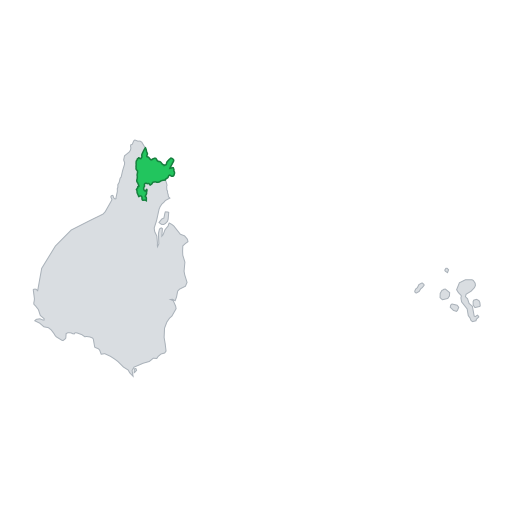 where Loja sits in Ecuador, rotated 179°
{"feature_id": "ECU-1268", "entity_name": "Loja", "entity_type": "Province", "adm_level": 1, "iso_a3": "ECU", "parent_name": "Ecuador", "parent_adm1": "", "projection": "equal_earth", "projection_center": [-79.576, -4.049], "detail": "fine", "context": "in_parent", "style": "filled", "palette": "green", "viewbox_px": 512, "rotation_deg": 179, "n_neighbors": 0, "source": "natural_earth", "source_scale": "10m", "svg_char_len": 7010}
<svg xmlns="http://www.w3.org/2000/svg" viewBox="0 0 512 512"><g transform="rotate(179 256 256)"><path d="M478.3,195.1L476.8,196.5L473.1,197.0L470.2,195.7L469.0,195.7L468.9,197.0L472.7,200.3L474.5,206.2L477.2,209.8L478.9,211.6L479.0,212.9L478.5,215.2L478.3,217.2L479.3,226.1L478.6,226.7L476.6,226.7L474.9,225.1L470.5,247.4L456.4,269.5L440.3,285.2L421.8,294.2L408.2,300.6L406.0,302.9L399.4,314.1L399.1,315.2L400.0,317.1L400.0,318.3L399.1,319.0L398.2,319.1L397.8,318.5L397.5,317.2L396.6,315.8L395.6,315.5L395.0,315.8L394.9,317.0L393.5,323.0L393.5,325.9L392.9,327.1L392.9,329.7L391.5,332.1L390.5,336.1L389.4,337.4L387.9,343.6L385.9,349.8L385.7,351.9L386.4,353.4L386.6,354.6L385.7,358.5L380.9,362.2L379.7,364.0L379.2,366.1L379.5,367.8L379.3,369.3L377.8,369.8L376.2,373.3L375.1,374.1L372.1,372.9L369.9,372.9L368.2,371.8L364.8,365.9L363.5,362.4L363.1,357.6L359.8,354.5L355.5,355.3L354.2,354.2L351.0,352.2L348.2,349.9L346.2,348.7L344.6,349.2L342.0,353.1L339.6,354.8L338.4,354.8L337.0,353.6L336.7,352.3L340.4,345.5L337.6,345.4L336.7,343.9L336.6,342.2L336.1,340.4L336.6,338.2L338.1,337.1L340.2,338.0L341.7,338.0L342.7,336.0L344.7,334.4L345.1,333.4L344.1,330.1L343.7,328.3L344.1,327.3L344.0,323.7L343.3,322.4L343.3,320.4L342.8,319.3L342.5,316.8L341.1,315.4L345.6,313.1L347.2,311.3L349.2,309.6L351.0,307.0L352.1,304.5L354.8,293.1L357.3,285.8L356.9,282.3L354.8,277.6L354.3,270.7L354.5,268.6L354.3,267.0L352.9,269.9L353.2,280.1L352.0,284.7L350.3,285.8L349.1,285.0L349.8,277.5L348.5,278.9L346.5,283.9L343.2,287.7L343.0,288.9L342.2,290.5L339.7,289.1L337.7,287.5L331.3,279.1L327.1,277.4L324.6,274.4L324.1,273.2L323.8,271.5L326.4,269.7L329.0,267.4L329.3,262.2L329.2,258.1L327.2,251.1L328.2,242.0L327.6,238.4L325.4,230.8L327.1,227.0L333.0,224.2L334.9,222.3L336.2,216.3L337.6,212.7L340.2,214.2L342.3,214.0L339.5,212.7L337.2,207.2L336.8,204.7L341.2,197.3L343.5,195.4L346.3,191.5L348.7,185.5L349.3,176.2L348.3,169.5L347.6,162.5L349.0,160.6L352.6,159.7L355.5,157.4L357.0,155.3L360.5,155.6L364.5,152.4L370.9,150.7L379.9,147.0L381.9,143.7L381.0,137.9L384.3,141.4L385.8,144.2L390.5,147.3L395.9,152.9L399.5,155.7L403.4,158.3L409.0,161.0L412.5,160.5L414.0,164.7L415.2,166.0L418.5,167.4L418.9,167.9L420.1,175.7L420.8,176.8L423.6,178.0L427.1,178.5L428.5,178.2L431.5,180.4L436.3,182.2L437.9,182.4L438.7,182.0L439.0,181.3L440.4,181.4L442.4,182.4L445.4,182.6L447.2,181.7L447.6,177.3L448.3,176.4L450.4,174.8L451.5,175.1L457.0,178.6L458.1,179.8L459.5,182.2L462.1,185.7L464.9,188.0L469.3,188.9L473.4,192.6L478.3,195.1ZM43.1,190.3L44.8,192.7L45.8,199.4L51.2,206.5L51.9,210.5L51.4,212.3L51.7,213.1L54.3,215.9L56.0,218.8L53.1,225.7L47.0,228.6L40.5,228.5L39.2,227.8L37.4,225.1L37.1,222.8L38.1,220.6L41.5,217.1L46.6,214.1L47.3,211.7L45.2,209.5L43.8,204.9L40.5,201.8L38.9,192.1L37.8,191.6L35.6,193.0L34.5,191.8L34.3,191.2L36.7,189.0L37.2,187.4L40.7,186.6L42.2,187.9L43.1,190.3ZM68.7,219.5L67.2,219.6L63.0,216.0L63.3,212.6L65.0,210.2L70.4,209.0L72.7,211.2L72.5,215.4L70.7,218.4L69.2,219.0L68.7,219.5ZM346.4,300.2L345.9,301.7L343.3,301.5L342.5,301.1L343.2,294.3L343.9,292.2L346.0,290.1L347.8,289.1L350.0,289.3L352.4,291.2L349.6,294.6L347.4,295.6L346.4,300.2ZM39.0,208.1L36.2,208.8L33.9,207.5L33.0,205.6L32.7,202.6L33.0,201.7L38.0,200.6L39.7,203.1L39.7,206.7L39.0,208.1ZM93.6,224.6L90.4,226.2L88.6,224.7L88.4,223.8L90.2,221.6L91.9,220.3L93.5,217.7L96.3,216.2L97.2,216.5L97.7,217.1L97.9,218.0L97.0,220.1L95.2,221.5L93.6,224.6ZM62.2,203.5L60.9,204.6L55.8,203.3L54.2,201.2L55.4,198.3L56.5,197.1L59.6,198.2L62.7,201.4L62.2,203.5ZM66.3,240.4L65.2,240.4L63.7,238.9L64.8,236.0L67.0,237.5L67.5,238.6L66.3,240.4ZM379.6,145.3L378.1,145.6L377.4,143.8L379.3,141.8L379.9,141.4L379.6,145.3Z" fill="#d9dde1" stroke="#a8b0b8" stroke-width="1"/><path d="M341.1,338.4L341.7,338.0L342.1,337.3L342.5,336.4L342.9,335.8L345.0,334.5L345.5,333.8L345.5,333.5L345.9,333.5L347.9,333.3L349.6,332.8L351.2,331.8L351.7,331.6L353.3,331.4L353.8,331.4L354.2,331.5L354.8,331.8L355.2,331.9L357.0,331.7L357.6,331.6L358.0,331.3L358.7,330.2L359.0,329.8L359.8,329.3L360.2,329.0L360.4,328.8L360.7,328.8L360.8,328.9L361.0,329.3L361.2,329.6L361.6,330.2L361.9,330.3L362.4,330.4L363.3,330.2L363.7,330.3L364.2,330.6L364.5,330.7L365.0,330.7L365.5,330.5L365.9,330.3L366.1,330.0L366.3,329.6L366.4,329.3L366.4,328.9L366.2,327.9L366.2,327.7L366.4,327.4L366.8,326.9L366.9,326.7L367.0,326.3L367.1,325.7L367.2,325.2L367.1,324.7L367.0,324.2L366.8,324.0L366.7,323.8L366.3,323.5L366.0,323.1L365.8,322.9L365.5,322.8L365.3,322.9L365.1,323.1L364.8,323.7L364.5,324.2L364.3,324.4L364.1,324.5L363.9,324.2L363.9,323.9L363.9,323.4L364.3,321.7L364.3,321.3L364.3,320.4L364.4,320.0L364.6,319.6L365.5,318.1L365.6,317.9L365.7,317.7L365.6,317.3L365.4,317.1L365.2,317.0L365.0,316.9L364.9,316.8L364.7,316.5L364.6,315.8L364.6,315.2L364.7,313.2L365.4,313.6L366.1,313.8L367.1,313.8L367.8,313.7L368.2,313.7L368.5,313.9L368.8,314.3L369.0,314.9L369.0,315.3L369.0,316.0L369.0,316.8L369.2,317.2L369.5,317.7L370.2,318.1L370.7,318.1L371.1,318.0L371.9,317.5L372.1,317.4L372.3,317.6L372.5,318.4L372.8,319.1L373.6,320.9L373.8,321.6L373.8,322.5L373.9,323.6L374.4,324.5L373.8,325.4L373.6,325.6L373.2,326.0L373.1,326.3L373.2,326.8L373.1,327.0L372.9,327.4L372.7,327.4L372.5,327.5L372.3,327.5L372.2,327.5L371.9,327.7L371.9,328.0L372.0,328.3L372.0,328.6L372.3,329.3L372.7,330.5L372.9,331.0L373.5,331.9L373.8,332.6L373.9,333.0L373.9,333.6L373.9,333.9L373.8,334.3L373.5,335.1L373.4,335.9L373.3,337.1L373.3,337.9L373.5,339.0L373.4,339.6L373.0,341.6L373.0,342.4L373.0,342.9L373.0,343.2L373.1,343.4L373.2,343.5L373.3,343.6L373.6,343.9L373.8,344.0L374.0,344.3L374.3,344.8L374.3,345.1L374.4,345.4L374.4,346.0L374.3,346.5L374.4,347.5L374.2,349.5L374.2,350.0L374.3,350.9L374.2,351.6L374.1,352.8L374.0,353.1L373.9,353.3L373.5,353.7L373.1,354.5L372.9,355.1L372.8,355.3L372.5,355.4L372.3,355.5L372.0,355.6L371.9,355.7L371.8,356.1L371.6,356.3L371.3,356.3L371.1,356.0L370.8,355.7L370.6,355.6L370.2,355.5L369.9,355.3L369.6,355.3L369.4,355.3L369.2,355.5L369.1,355.9L368.9,356.2L368.5,356.7L368.3,357.7L368.4,358.1L368.5,358.8L368.4,359.2L368.3,359.7L368.1,360.1L367.3,361.7L367.0,362.3L366.0,364.2L364.9,365.9L364.6,366.1L363.9,364.2L363.6,362.0L362.8,360.5L362.8,359.7L363.5,358.2L363.5,357.7L363.4,357.3L362.8,356.9L362.2,356.9L361.6,356.4L361.4,356.3L360.0,354.4L359.3,353.9L358.3,354.1L357.4,354.9L355.5,355.6L354.5,355.4L353.8,354.5L353.3,353.3L352.6,352.5L351.9,352.2L351.2,352.2L350.5,352.1L349.7,351.5L349.2,351.0L348.3,349.7L347.8,349.2L347.3,348.9L346.8,348.8L346.3,348.6L346.2,348.2L346.1,348.3L345.0,348.5L344.7,348.6L344.4,348.8L344.2,349.0L343.9,349.5L343.7,350.8L343.5,351.4L343.0,352.0L340.9,354.2L339.8,355.0L339.6,355.3L339.4,355.3L338.9,355.3L338.4,355.1L337.2,354.2L336.8,353.8L336.6,353.0L336.7,352.4L340.3,345.9L340.6,345.1L339.3,345.3L338.2,345.8L337.2,345.7L336.6,344.0L336.6,343.7L336.7,343.0L336.7,342.7L336.6,342.2L336.1,341.4L336.0,340.9L336.0,340.2L336.3,339.3L336.6,338.4L336.9,337.8L337.3,337.4L337.8,337.2L338.4,337.2L338.9,337.2L339.5,337.5L340.6,338.3L341.1,338.4Z" fill="#22c55e" stroke="#15803d" stroke-width="1.5"/></g></svg>